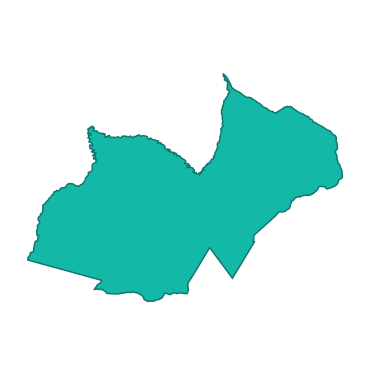 San Pedro, Jujuy, Argentina (Albers equal-area conic projection), rotated 287°
{"feature_id": "61730980B38086174579280", "entity_name": "San Pedro", "entity_type": "district", "adm_level": 2, "iso_a3": "ARG", "parent_name": "Argentina", "parent_adm1": "Jujuy", "projection": "albers", "projection_center": [-64.748, -24.311], "detail": "fine", "context": "isolated", "style": "filled", "palette": "teal", "viewbox_px": 384, "rotation_deg": 287, "n_neighbors": 0, "source": "geoboundaries", "source_scale": "gbopen_adm2", "svg_char_len": 5962}
<svg xmlns="http://www.w3.org/2000/svg" viewBox="0 0 384 384"><g transform="rotate(287 192 192)"><path d="M162.4,266.2L162.1,265.4L162.3,265.1L163.4,265.3L166.4,264.3L168.4,264.0L170.2,264.8L193.1,278.5L198.4,281.0L199.4,284.5L201.2,287.1L203.1,288.1L203.7,289.1L204.7,289.8L207.0,290.1L208.2,289.8L210.1,289.8L210.7,290.2L212.7,290.0L213.5,291.1L216.9,292.8L218.9,295.3L218.6,296.4L220.9,298.9L222.1,301.6L222.2,302.7L222.8,303.5L222.9,304.6L224.3,306.6L226.2,308.4L230.5,311.2L233.7,311.7L234.8,312.5L235.8,317.4L235.0,318.5L234.4,320.3L237.0,324.1L237.9,324.9L238.4,325.9L240.4,327.6L242.6,328.8L244.5,329.0L246.0,328.7L247.5,329.5L248.2,330.6L249.4,331.4L250.7,331.4L256.8,328.8L259.3,326.4L261.3,325.2L263.1,322.7L264.8,322.0L266.0,320.9L268.5,320.3L272.0,317.5L272.7,317.3L275.9,318.4L277.4,318.0L281.4,316.2L283.0,314.8L286.0,314.3L287.7,312.8L288.4,309.3L289.0,308.9L289.7,307.5L290.6,306.6L291.0,302.7L292.6,297.7L293.4,292.9L294.4,289.6L294.5,287.0L295.7,286.5L296.2,285.5L296.6,282.8L298.0,281.6L298.1,278.6L299.2,274.7L299.1,272.2L301.3,264.8L302.6,261.7L302.5,260.7L301.6,259.5L301.7,258.1L299.8,255.4L298.0,254.2L292.0,248.9L292.1,246.5L292.7,245.2L292.2,244.1L292.2,242.8L293.9,238.7L294.0,235.5L296.4,230.8L296.7,228.3L297.4,227.1L299.3,220.6L299.3,219.1L298.5,217.2L298.7,215.7L299.8,211.9L300.7,210.2L300.6,209.4L301.3,208.4L301.3,206.8L302.0,204.4L302.0,202.5L303.0,201.3L303.5,199.4L305.9,197.7L311.0,192.7L313.1,189.7L313.9,187.5L312.3,188.0L310.3,190.1L308.6,190.3L308.6,192.2L308.1,192.4L307.7,193.8L306.6,194.3L304.7,194.5L304.2,194.9L302.7,194.9L302.4,195.5L301.3,195.3L300.4,195.6L299.7,196.8L299.7,198.4L299.4,198.5L298.3,198.6L296.6,197.8L294.3,198.0L292.0,197.1L289.4,196.6L288.0,195.8L286.4,196.5L284.4,196.5L283.3,196.1L280.8,196.8L279.8,196.2L279.0,196.3L277.3,197.0L275.5,197.2L275.0,198.1L273.7,198.5L272.9,199.3L271.0,199.4L269.1,200.7L267.7,201.1L266.1,200.9L264.2,202.5L263.2,201.8L262.1,201.8L260.8,201.2L259.9,201.3L258.2,202.8L256.9,202.3L254.5,202.7L253.0,202.5L251.4,203.3L250.4,203.1L248.7,203.5L247.1,202.5L245.3,202.1L242.7,203.3L241.3,203.4L239.9,203.0L238.8,203.4L238.1,202.9L236.2,202.6L233.0,202.7L232.5,202.2L231.5,202.9L229.4,202.0L228.9,201.1L227.7,201.1L226.0,200.4L225.6,200.8L224.6,199.6L223.8,199.8L223.7,198.6L223.1,198.6L222.7,198.1L221.9,198.5L221.6,197.6L219.1,196.8L218.6,195.9L217.2,195.5L216.3,195.5L216.1,196.2L216.6,196.3L216.5,196.9L216.2,197.0L215.2,195.4L214.2,194.9L214.0,195.6L213.2,195.4L213.1,195.1L213.7,194.9L213.3,194.4L212.0,194.7L212.3,193.2L210.7,193.7L211.0,192.7L210.6,191.1L211.0,190.3L211.6,190.3L211.6,190.0L211.6,189.3L210.9,188.7L211.1,187.6L211.8,187.0L212.4,187.3L212.4,188.1L213.5,187.9L215.1,185.7L215.3,182.7L214.2,181.7L214.3,180.3L214.7,179.8L215.4,179.9L215.7,180.8L215.6,181.9L216.4,182.3L217.6,180.7L217.9,179.6L217.8,178.7L217.1,177.6L217.2,176.4L217.7,176.3L219.3,177.2L220.4,176.0L221.4,172.0L223.1,169.2L222.2,166.8L223.7,166.4L224.3,165.3L224.2,164.2L223.5,164.6L222.8,164.1L223.0,163.5L224.2,163.7L224.4,163.4L224.4,161.2L223.7,159.9L224.5,159.5L225.1,158.5L224.2,158.0L224.2,157.0L225.0,156.8L225.9,158.0L226.0,156.4L225.4,154.7L225.7,153.4L226.7,152.7L227.5,153.0L229.0,150.4L228.7,148.6L229.6,148.3L229.9,147.0L229.5,146.0L228.9,146.1L228.4,145.8L228.5,144.8L231.1,144.9L230.7,143.2L231.0,141.2L230.6,139.5L230.8,138.1L231.3,137.4L231.1,136.2L229.9,135.8L230.7,133.5L231.7,133.2L231.9,132.3L231.8,129.4L230.5,127.0L231.1,124.6L229.7,122.7L228.6,122.1L228.3,120.3L226.5,119.4L226.7,118.4L227.5,117.1L227.4,116.6L226.4,116.1L226.0,115.4L226.2,114.0L225.8,113.1L225.9,110.9L225.3,110.4L224.9,108.9L223.7,108.7L223.1,108.0L222.8,106.6L223.2,105.2L221.6,102.7L221.4,101.0L220.8,99.3L220.6,97.5L221.7,96.7L221.7,95.7L221.1,95.1L219.8,94.9L219.7,93.7L218.9,93.0L219.0,92.8L220.8,92.4L222.1,91.6L222.1,90.3L221.4,89.8L221.8,88.8L221.2,86.8L221.6,84.5L222.6,83.0L222.3,81.3L221.6,80.4L221.6,79.8L223.4,79.4L223.8,79.9L224.4,79.8L225.0,78.8L225.6,78.4L225.6,77.2L224.4,77.1L224.2,75.7L223.4,76.0L222.8,74.9L221.5,74.0L221.3,74.7L219.0,75.3L217.9,75.1L216.9,75.9L217.4,76.7L218.5,77.2L218.2,78.3L217.6,78.8L216.7,78.7L216.2,77.6L216.2,76.4L215.0,77.2L213.4,76.7L212.4,79.7L211.5,78.9L209.8,78.8L209.4,81.9L207.7,83.4L207.1,83.2L208.0,82.6L207.1,81.5L207.0,80.6L206.3,81.0L205.5,80.7L205.1,81.4L203.6,81.9L204.0,83.5L203.5,84.9L204.0,85.7L203.5,86.3L203.1,86.2L202.8,85.4L201.6,84.2L201.1,84.3L200.9,85.5L201.7,86.0L201.1,86.5L201.3,88.1L200.9,88.7L200.4,88.6L199.6,87.3L197.7,86.6L197.7,87.2L198.5,88.0L198.6,88.8L196.9,89.3L196.5,89.8L196.0,89.4L196.1,88.0L195.1,88.1L194.8,88.4L195.5,90.5L193.6,91.1L192.9,91.8L189.6,88.8L187.6,88.9L185.0,89.9L183.5,90.0L181.8,89.4L180.9,87.6L180.3,87.2L178.1,87.9L174.3,86.2L171.5,86.5L167.3,84.7L166.5,83.4L164.2,82.2L164.4,80.5L163.8,79.3L164.8,76.4L164.9,74.7L163.8,71.4L162.4,70.4L160.5,69.9L159.3,69.1L158.5,68.1L157.7,66.0L156.9,65.0L155.6,65.1L154.3,64.2L154.0,63.7L154.0,62.3L153.0,61.8L151.7,60.0L150.1,60.2L148.2,59.0L146.0,58.4L143.6,57.0L142.1,56.8L140.7,55.8L137.7,54.7L135.6,53.2L132.9,54.2L129.9,54.8L127.7,54.8L126.7,53.6L124.8,53.8L123.0,52.6L121.7,52.6L120.6,53.0L118.5,55.3L117.5,55.3L114.7,53.9L112.9,54.7L111.4,55.0L109.4,54.7L105.4,56.4L105.1,56.8L105.4,57.9L105.2,58.3L102.5,58.0L101.1,58.6L99.5,57.6L99.1,56.7L98.2,56.5L94.8,56.8L93.8,57.2L91.8,57.1L88.8,58.0L88.0,56.5L86.3,55.1L84.2,55.5L81.3,54.4L79.6,54.6L78.9,55.0L81.1,131.6L78.3,131.0L76.1,128.9L70.4,127.2L71.5,129.7L71.5,131.0L72.5,134.6L71.3,138.5L70.1,140.4L72.7,150.5L77.7,160.6L77.7,162.0L79.1,165.0L79.5,170.0L78.2,174.9L76.7,176.6L75.3,177.5L74.5,180.7L75.0,183.4L75.9,184.6L75.8,185.5L76.4,186.5L76.4,187.4L78.3,189.3L79.8,192.2L82.3,194.5L87.2,195.5L87.5,196.2L87.6,198.0L87.4,198.6L87.4,201.0L88.2,202.0L89.1,202.3L90.3,204.6L90.7,205.8L90.4,207.5L91.8,209.3L93.2,216.8L95.2,217.3L97.4,217.2L100.1,215.8L102.6,215.1L103.1,214.6L113.8,217.6L144.0,225.2L121.3,255.9L162.4,266.2Z" fill="#14b8a6" stroke="#0f766e" stroke-width="1.5"/></g></svg>